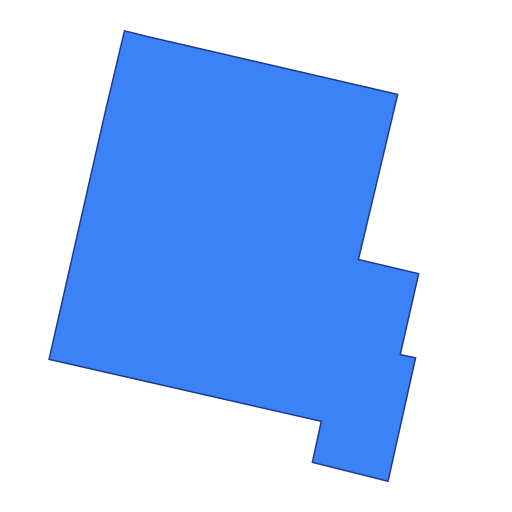 Chickasaw, Mississippi, United States of America, rotated 283°
{"feature_id": "52423323B84097929612493", "entity_name": "Chickasaw", "entity_type": "district", "adm_level": 2, "iso_a3": "USA", "parent_name": "United States of America", "parent_adm1": "Mississippi", "projection": "equal_earth", "projection_center": [-88.985, 33.907], "detail": "fine", "context": "isolated", "style": "filled", "palette": "blue", "viewbox_px": 512, "rotation_deg": 283, "n_neighbors": 0, "source": "geoboundaries", "source_scale": "gbopen_adm2", "svg_char_len": 331}
<svg xmlns="http://www.w3.org/2000/svg" viewBox="0 0 512 512"><g transform="rotate(283 256 256)"><path d="M108.7,77.6L109.6,356.8L67.6,357.3L66.2,435.3L192.6,434.4L192.4,418.7L275.3,418.5L275.6,356.6L445.3,357.7L445.4,99.8L445.8,77.2L361.1,76.7L160.4,77.4L108.7,77.6Z" fill="#3b82f6" stroke="#1e3a8a" stroke-width="1.5"/></g></svg>